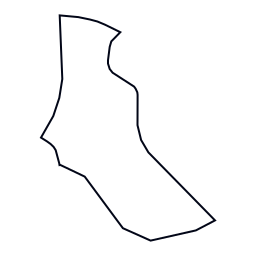 SVG path tracing the border of Hammersmith and Fulham
{"feature_id": "GBR-2069", "entity_name": "Hammersmith and Fulham", "entity_type": "London Borough", "adm_level": 1, "iso_a3": "GBR", "parent_name": "United Kingdom", "parent_adm1": "", "projection": "orthographic", "projection_center": [-0.218, 51.497], "detail": "fine", "context": "isolated", "style": "outline", "palette": "ink", "viewbox_px": 256, "rotation_deg": 0, "n_neighbors": 0, "source": "natural_earth", "source_scale": "10m", "svg_char_len": 537}
<svg xmlns="http://www.w3.org/2000/svg" viewBox="0 0 256 256"><path d="M150.6,240.6L122.9,228.2L116.5,219.6L84.7,176.6L60.0,164.8L59.5,165.0L59.2,163.2L55.7,150.2L53.6,146.9L50.6,144.0L47.0,141.4L41.0,137.6L53.3,116.0L59.3,97.9L62.3,79.0L59.7,15.4L78.3,17.1L89.9,19.5L97.4,21.5L104.8,24.6L120.3,32.2L111.3,41.4L109.7,46.9L108.0,60.3L108.0,63.6L109.7,69.0L112.6,72.7L134.1,86.6L135.6,88.7L137.3,92.3L137.6,94.9L137.5,125.2L141.1,140.0L148.4,152.4L215.0,220.4L195.9,230.4L150.6,240.6Z" fill="none" stroke="#020617" stroke-width="2"/></svg>